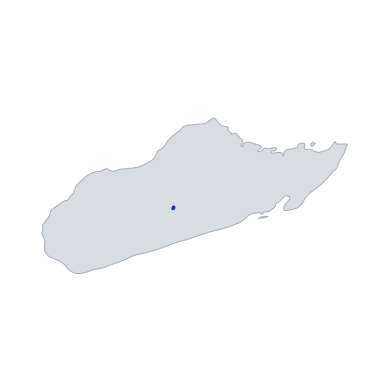 location of Antsirabe I, Vakinankaratra, Madagascar, rotated 56°
{"feature_id": "10022922B38771191417556", "entity_name": "Antsirabe I", "entity_type": "district", "adm_level": 2, "iso_a3": "MDG", "parent_name": "Madagascar", "parent_adm1": "Vakinankaratra", "projection": "robinson", "projection_center": [47.02, -19.882], "detail": "fine", "context": "in_parent", "style": "filled", "palette": "blue", "viewbox_px": 384, "rotation_deg": 56, "n_neighbors": 0, "source": "geoboundaries", "source_scale": "gbopen_adm2", "svg_char_len": 4019}
<svg xmlns="http://www.w3.org/2000/svg" viewBox="0 0 384 384"><g transform="rotate(56 192 192)"><path d="M245.4,45.0L246.3,47.4L247.4,49.7L250.7,55.3L252.2,57.4L253.4,59.7L254.0,64.3L256.1,71.3L258.1,82.0L258.7,92.9L259.3,97.9L260.8,102.6L263.4,107.5L264.2,112.9L262.6,118.5L260.3,123.8L259.7,124.8L258.6,126.1L258.1,126.1L256.3,124.7L254.8,122.5L253.0,117.2L252.3,114.6L251.5,114.1L249.3,114.4L247.7,116.0L247.4,117.1L247.8,120.0L248.3,122.7L248.6,125.4L248.6,128.8L249.2,129.8L250.1,130.7L251.0,132.9L251.1,138.2L250.6,140.9L249.0,143.2L249.1,144.5L249.7,145.8L249.1,146.6L247.1,147.6L246.2,148.4L245.1,150.8L243.3,155.6L243.0,158.0L244.1,165.4L243.8,170.7L241.5,180.8L240.1,185.5L238.2,191.2L235.3,198.8L232.5,208.2L230.0,217.9L228.3,223.8L226.2,229.5L223.4,239.7L221.1,250.0L217.6,261.4L212.7,274.1L212.2,275.7L211.2,282.2L210.1,287.8L208.8,293.4L206.2,302.6L205.8,305.4L205.2,308.1L202.7,313.9L201.6,316.0L200.8,318.3L200.4,321.2L199.6,324.0L197.7,329.1L194.9,333.5L193.0,335.1L188.8,337.4L186.7,337.9L182.1,338.0L177.6,339.3L172.9,341.8L168.4,344.8L166.6,346.2L164.7,347.0L158.8,347.1L157.0,346.5L151.0,341.7L148.7,340.9L144.3,340.2L143.0,339.8L141.8,339.2L140.0,336.7L136.4,334.6L135.6,333.9L135.0,332.4L134.7,330.9L133.8,329.1L133.1,325.7L131.9,323.4L128.6,319.2L128.3,317.9L128.0,313.5L128.1,310.5L127.7,305.1L128.1,302.5L129.2,300.2L128.7,297.7L127.5,295.1L127.0,292.3L126.1,289.9L122.7,285.4L121.9,283.2L121.3,280.9L120.0,273.8L119.8,271.4L120.0,266.1L120.4,263.5L121.3,261.6L121.5,260.2L122.0,259.0L122.8,258.0L123.3,256.9L124.6,250.2L126.2,248.7L128.6,247.9L130.5,246.1L131.6,243.8L132.7,238.9L135.7,234.1L136.7,231.6L139.1,227.8L141.3,222.4L141.9,219.8L142.4,217.2L142.9,211.5L143.3,208.7L143.2,205.9L142.0,203.0L139.0,197.8L138.9,196.8L139.1,192.9L138.9,190.1L137.8,187.3L136.4,184.6L135.0,179.7L134.3,171.5L134.4,168.5L134.0,165.9L133.0,163.4L133.7,159.0L142.5,143.2L142.7,141.3L142.4,136.5L142.5,133.7L142.8,132.6L143.5,132.0L145.0,131.7L152.2,131.0L153.1,130.6L154.9,129.2L157.4,126.6L158.5,125.9L159.5,126.2L160.1,127.3L160.9,127.9L163.8,126.7L164.9,126.7L166.0,126.9L166.6,125.8L166.9,124.3L167.3,123.3L168.1,122.8L171.8,122.4L174.2,122.0L177.3,121.0L177.9,121.2L180.4,124.8L181.2,125.2L182.1,125.3L183.0,124.6L180.9,122.7L180.6,121.7L180.7,120.5L181.8,117.8L183.6,115.8L187.6,112.8L191.8,109.3L193.0,109.1L194.0,109.6L194.8,113.8L194.7,114.4L195.4,114.5L196.2,114.0L196.9,112.4L196.9,111.0L196.3,109.6L196.1,108.5L196.0,107.5L198.2,105.1L199.8,102.7L200.6,99.9L201.3,98.7L203.0,97.2L203.5,97.4L203.9,98.6L204.2,99.9L203.7,101.1L203.1,102.3L202.8,103.9L203.8,104.3L204.7,103.9L206.1,100.9L207.7,98.1L208.6,96.7L209.8,95.7L211.7,95.9L213.6,96.5L210.5,93.6L209.7,89.5L213.4,82.6L213.4,81.1L214.0,80.7L214.2,80.1L212.3,77.8L212.0,76.6L212.2,74.8L213.1,73.3L214.0,72.2L215.1,71.8L216.1,72.4L218.1,74.3L219.5,74.6L221.1,72.7L222.5,70.4L224.5,68.8L226.8,67.8L230.4,64.2L232.7,56.6L232.9,54.3L232.4,51.6L231.6,49.1L230.2,45.9L230.6,45.2L232.5,45.6L233.1,45.1L235.2,42.3L238.7,36.9L239.8,36.9L240.8,37.9L241.2,39.4L241.9,40.5L244.2,43.1L245.4,45.0ZM221.2,66.4L221.2,67.3L218.6,66.9L218.2,64.0L219.5,63.9L219.8,62.8L220.6,62.6L221.4,65.2L221.2,66.4ZM253.1,147.8L250.8,152.0L251.4,148.5L254.1,143.4L254.8,143.0L253.1,147.8Z" fill="#d9dde1" stroke="#a8b0b8" stroke-width="1"/><path d="M194.3,214.7L194.2,214.7L194.2,214.8L194.0,215.0L193.9,215.0L193.8,215.3L193.7,215.3L193.7,215.5L193.6,215.8L193.4,215.9L193.4,216.0L193.5,216.1L193.6,216.3L193.8,216.4L193.8,216.5L194.0,216.6L194.0,216.8L194.0,217.0L194.1,217.3L194.2,217.5L194.3,217.6L194.5,217.5L194.8,217.5L194.9,217.8L195.0,217.9L195.2,217.7L195.3,217.7L195.4,217.8L195.5,217.8L195.7,217.7L195.7,217.4L195.7,217.2L195.8,217.2L195.9,216.9L196.0,216.9L196.0,216.7L195.9,216.7L196.0,216.5L196.2,216.4L196.1,216.2L195.9,216.0L195.9,215.9L195.9,215.7L195.7,215.6L195.6,215.4L195.4,215.2L195.3,215.3L195.2,215.3L195.2,215.2L194.9,215.2L194.7,215.0L194.5,214.9L194.4,214.8L194.4,214.7L194.3,214.7Z" fill="#3b82f6" stroke="#1e3a8a" stroke-width="1.5"/></g></svg>